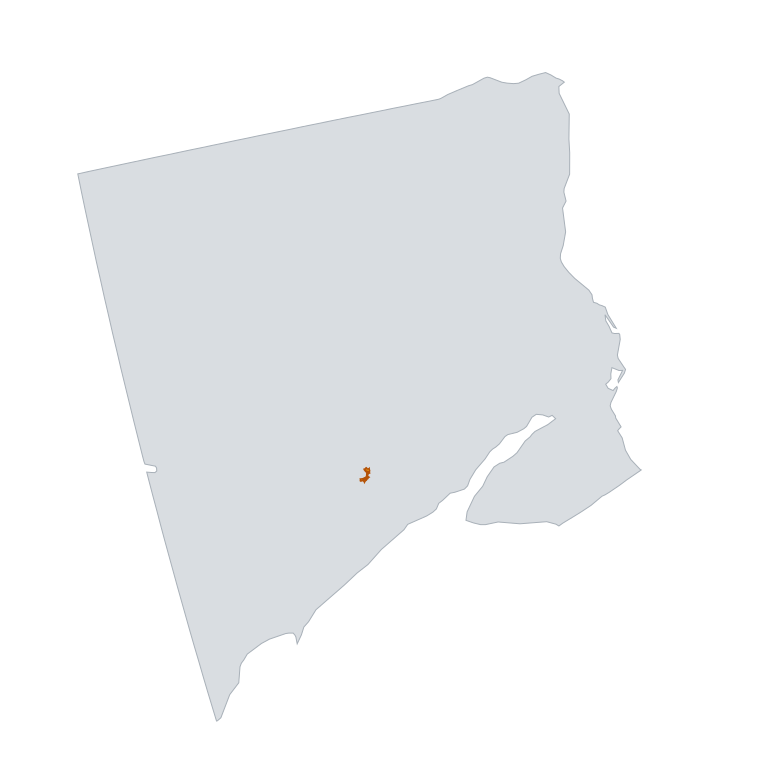 location of Qina, Qina, Egypt, rotated 75°
{"feature_id": "37247803B17837872993253", "entity_name": "Qina", "entity_type": "district", "adm_level": 2, "iso_a3": "EGY", "parent_name": "Egypt", "parent_adm1": "Qina", "projection": "orthographic", "projection_center": [32.69, 26.097], "detail": "fine", "context": "in_parent", "style": "filled", "palette": "amber", "viewbox_px": 768, "rotation_deg": 75, "n_neighbors": 0, "source": "geoboundaries", "source_scale": "gbopen_adm2", "svg_char_len": 6750}
<svg xmlns="http://www.w3.org/2000/svg" viewBox="0 0 768 768"><g transform="rotate(75 384 384)"><path d="M666.2,633.0L650.7,633.5L635.1,634.0L619.5,634.4L603.9,634.7L588.3,635.1L572.7,635.4L557.1,635.6L541.5,635.8L525.9,636.0L510.3,636.1L494.7,636.2L479.1,636.3L463.5,636.3L447.9,636.2L432.3,636.2L416.6,636.1L407.7,636.0L409.3,631.5L410.3,628.2L409.2,626.0L406.2,625.4L404.2,626.1L399.5,635.6L397.0,635.9L391.5,635.9L373.3,635.6L355.2,635.3L337.0,634.9L318.8,634.5L300.7,634.1L282.6,633.5L264.4,633.0L246.3,632.3L228.2,631.7L210.1,630.9L192.0,630.2L173.9,629.3L155.9,628.4L137.8,627.5L119.8,626.5L101.8,625.4L102.3,614.0L102.9,602.5L103.5,591.0L104.1,579.5L104.7,568.0L105.3,556.5L105.9,545.0L106.6,533.5L107.2,522.0L107.8,510.5L108.5,499.0L109.1,487.5L109.8,476.0L110.4,464.5L111.1,453.0L111.7,441.5L112.4,430.0L113.1,418.5L113.8,407.0L114.4,395.5L115.1,384.0L115.8,372.5L116.5,361.0L117.2,349.5L118.0,338.0L118.7,326.5L119.4,315.0L120.1,303.5L120.9,292.0L121.6,280.6L122.4,269.1L123.1,257.6L122.9,255.4L120.9,247.5L119.4,237.4L117.8,225.1L117.7,221.1L114.5,208.3L114.4,204.7L115.6,202.3L123.0,192.1L125.3,187.1L127.4,181.1L128.3,176.1L126.9,168.3L125.1,161.3L124.9,154.2L125.0,147.3L128.7,142.8L133.1,138.6L134.7,136.0L137.3,133.1L139.1,131.7L141.9,138.1L148.6,139.6L171.2,135.2L195.3,142.0L208.8,144.8L229.4,150.4L241.8,159.4L245.2,160.6L254.4,160.8L260.2,166.0L284.1,169.2L296.7,175.1L303.8,179.7L308.2,181.2L312.0,181.1L317.3,179.6L324.0,176.6L331.3,172.5L346.4,161.8L351.7,160.0L355.1,160.5L359.3,160.5L361.1,157.5L363.3,155.5L364.7,153.2L367.0,150.4L374.8,149.8L390.3,145.2L388.5,147.5L374.3,152.6L380.4,153.4L386.6,151.7L393.6,150.6L394.9,148.3L395.9,144.0L397.2,143.5L402.1,144.3L416.5,151.1L420.0,151.2L430.3,147.7L432.4,146.9L435.7,149.0L443.2,157.2L440.6,157.0L432.6,150.0L431.8,153.5L427.2,159.6L432.9,162.3L437.6,163.4L440.1,166.8L441.6,169.9L446.2,168.6L449.6,164.4L447.9,162.1L446.7,159.7L448.2,159.6L451.4,161.6L460.6,169.6L463.7,171.2L467.2,170.9L474.7,168.7L476.8,169.0L486.8,166.1L488.0,168.2L489.6,170.4L497.7,167.9L510.4,167.9L520.7,165.2L532.6,158.8L533.6,157.8L534.2,159.4L535.7,163.7L539.5,174.5L542.9,183.0L547.0,194.8L548.3,199.3L548.8,202.5L554.8,215.4L558.4,226.1L561.0,234.7L564.7,247.4L566.4,251.8L563.9,254.2L559.1,262.5L554.2,288.9L546.8,309.5L546.1,322.4L544.9,327.0L541.3,333.6L536.9,340.1L529.0,336.8L515.9,325.7L508.3,315.1L500.3,308.3L492.6,299.2L490.5,292.7L490.6,288.4L487.2,278.2L484.8,273.3L475.6,262.4L472.9,256.6L470.9,254.0L468.9,250.4L465.6,236.2L461.9,227.2L457.8,229.7L458.5,233.5L454.9,238.7L452.7,244.8L454.4,249.7L461.9,257.3L463.4,260.6L465.1,267.8L464.9,277.5L466.1,280.8L471.7,288.0L473.8,292.3L475.0,296.0L476.9,299.4L482.5,305.7L490.6,317.6L498.4,325.7L504.0,329.6L506.3,333.5L506.9,343.6L506.6,348.4L511.5,357.4L513.4,362.0L518.2,365.7L520.4,369.9L522.5,376.9L525.7,397.4L529.9,402.4L543.1,429.3L554.2,446.2L559.6,458.9L567.9,474.3L584.4,508.1L594.1,518.4L598.0,524.3L604.9,528.7L612.5,535.1L605.4,534.6L603.6,535.0L601.1,536.2L600.0,540.2L599.6,543.5L600.8,560.7L602.9,569.5L609.5,586.0L614.3,590.9L616.7,594.0L619.9,596.3L635.0,601.6L644.1,613.4L664.1,627.9L666.2,632.1L666.2,633.0Z" fill="#d9dde1" stroke="#a8b0b8" stroke-width="1"/><path d="M461.2,425.3L461.8,425.2L462.1,425.1L462.6,424.8L463.5,424.5L463.8,424.3L464.7,423.7L464.9,423.5L465.2,423.6L465.4,423.6L465.6,423.6L465.9,423.7L466.1,423.8L466.3,423.9L466.5,424.0L466.9,424.1L467.5,424.3L468.0,424.5L468.5,424.7L468.7,424.8L469.0,425.1L469.1,425.4L469.4,425.8L469.4,426.0L469.5,426.2L469.6,427.0L469.7,427.3L469.7,427.5L469.8,427.6L469.8,427.9L469.9,428.0L470.0,428.3L470.0,429.0L469.9,429.3L469.9,429.8L469.9,430.1L469.8,430.4L469.8,430.6L469.8,430.8L469.8,431.1L469.7,431.3L469.8,431.3L470.0,431.4L470.2,431.5L470.4,431.6L470.6,431.7L470.7,431.8L470.8,431.8L471.1,431.8L471.3,431.8L471.6,431.8L471.6,431.7L471.6,431.4L471.7,431.2L471.8,431.1L471.8,430.9L471.7,430.9L471.7,430.7L471.7,430.3L471.7,430.1L471.7,429.9L471.6,429.7L471.5,429.4L471.5,429.2L471.5,428.9L471.4,428.8L471.3,428.7L471.1,428.3L471.0,428.1L470.9,428.0L470.8,427.9L470.8,427.7L470.8,427.3L470.8,427.1L470.8,426.9L470.8,426.7L470.8,426.4L470.8,426.1L470.8,425.9L470.8,425.7L470.7,425.6L470.4,425.4L470.3,425.2L470.2,425.1L470.1,424.9L470.0,424.7L469.9,424.5L469.8,424.4L469.7,424.3L469.6,424.2L469.4,424.2L469.2,424.0L469.1,423.9L468.9,423.8L468.8,423.7L468.5,423.6L468.4,423.6L468.2,423.6L468.0,423.4L467.9,423.4L467.7,423.3L467.6,423.2L467.4,423.1L467.2,423.0L467.2,422.9L466.9,422.7L466.7,422.6L466.4,422.4L466.2,422.3L466.1,422.2L465.9,422.1L465.7,422.1L465.4,422.0L465.1,422.0L464.9,422.1L464.6,422.3L464.4,422.6L464.3,422.9L464.3,423.0L464.2,423.3L464.2,423.5L464.0,423.8L463.9,424.0L463.6,424.2L463.5,424.3L463.4,424.4L463.2,424.5L462.9,424.6L462.7,424.7L462.6,424.8L462.4,424.8L462.2,424.9L462.0,425.0L461.9,425.0L461.7,425.1L461.4,425.1L461.2,425.2L461.2,425.3L461.2,425.3ZM461.1,425.0L461.3,425.0L461.4,424.9L461.6,424.9L461.8,424.8L462.2,424.7L462.5,424.5L462.8,424.3L462.8,424.2L463.1,423.9L463.3,423.8L463.5,423.7L463.8,423.6L464.0,423.4L464.0,423.2L464.0,422.9L464.1,422.6L464.2,422.3L464.3,422.1L464.6,421.9L464.8,421.8L464.9,421.7L465.0,421.7L465.3,421.7L465.5,421.7L465.6,421.8L465.8,421.8L466.0,421.9L466.0,422.0L466.3,421.7L466.3,421.4L466.2,421.2L466.3,421.1L466.3,420.9L466.2,420.9L466.1,421.0L465.8,421.1L465.6,421.1L465.1,420.8L464.7,420.7L464.4,420.5L464.1,420.3L463.9,420.3L463.4,420.3L463.2,420.3L462.8,420.3L462.4,420.3L462.2,420.3L461.8,420.2L461.9,420.4L461.9,420.7L462.0,420.9L462.0,421.0L461.9,421.2L461.9,421.3L461.8,421.5L461.8,421.9L461.8,422.1L461.7,422.2L461.5,422.5L461.4,422.5L461.1,422.6L460.8,422.5L460.6,422.6L460.4,422.8L460.2,422.9L460.2,423.0L460.5,423.1L460.9,423.2L461.0,423.4L461.0,423.6L461.3,423.6L461.3,423.8L461.1,424.1L461.1,424.4L461.1,424.5L461.1,425.0ZM473.9,428.3L473.8,428.2L473.3,427.7L473.1,427.5L472.9,427.2L472.6,427.0L472.5,426.8L472.4,426.8L472.3,426.7L472.5,426.4L472.4,426.0L472.3,425.9L472.0,425.6L471.9,425.5L471.8,425.4L471.7,425.3L471.6,425.2L471.4,424.8L471.3,424.6L471.3,424.3L471.2,424.2L470.9,424.0L470.8,423.8L470.7,423.6L470.4,423.4L470.2,423.2L470.1,422.8L470.1,422.6L469.9,422.7L469.8,422.8L469.7,422.9L469.7,423.1L469.8,423.2L469.9,423.3L470.0,423.4L470.0,423.5L470.0,423.8L469.9,423.9L469.7,424.1L469.8,424.1L470.0,424.2L470.0,424.3L470.2,424.6L470.4,424.8L470.5,425.0L470.8,425.3L470.9,425.5L471.0,425.8L471.0,426.0L471.0,426.3L471.1,426.5L471.2,426.9L471.2,427.0L471.3,427.1L471.3,427.3L471.3,427.7L471.3,427.8L471.4,428.0L471.4,428.3L471.5,428.5L471.6,428.8L471.6,429.0L471.8,429.2L471.8,429.3L471.9,429.2L472.0,429.2L472.5,428.9L472.7,428.6L472.9,428.5L473.1,428.5L473.4,428.4L473.7,428.3L473.9,428.3L473.9,428.3Z" fill="#f59e0b" stroke="#b45309" stroke-width="1.5"/></g></svg>